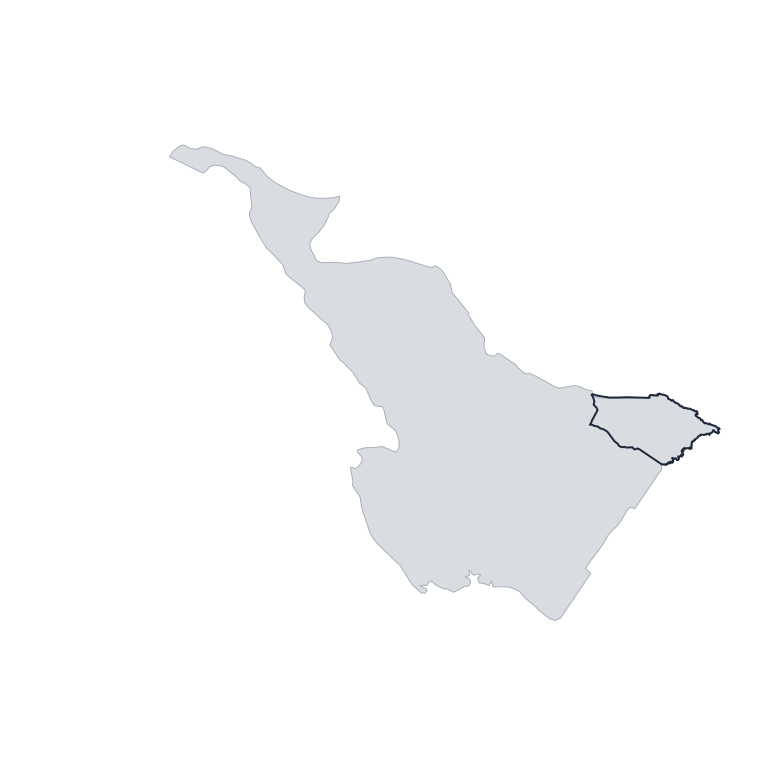 location of Boumba-Et-Ngoko, Est, Cameroon, rotated 304°
{"feature_id": "32672807B40314964499081", "entity_name": "Boumba-Et-Ngoko", "entity_type": "district", "adm_level": 2, "iso_a3": "CMR", "parent_name": "Cameroon", "parent_adm1": "Est", "projection": "equal_earth", "projection_center": [15.54, 2.833], "detail": "fine", "context": "in_parent", "style": "outline", "palette": "slate", "viewbox_px": 768, "rotation_deg": 304, "n_neighbors": 0, "source": "geoboundaries", "source_scale": "gbopen_adm2", "svg_char_len": 9534}
<svg xmlns="http://www.w3.org/2000/svg" viewBox="0 0 768 768"><g transform="rotate(304 384 384)"><path d="M232.7,522.6L233.8,518.4L242.5,498.9L247.9,467.7L250.4,460.4L253.0,455.5L265.5,438.9L270.1,433.6L276.9,427.5L281.7,415.3L283.3,414.0L285.5,413.0L296.2,402.7L297.1,404.7L297.8,407.2L298.6,408.3L302.1,409.1L306.9,409.0L309.6,408.3L311.1,406.2L312.6,400.5L313.5,399.4L314.6,399.1L319.8,403.1L328.3,414.4L330.5,416.4L331.4,418.6L333.3,428.9L334.3,431.5L336.2,432.5L339.5,431.9L343.0,430.0L346.0,427.4L349.1,424.0L351.1,420.9L352.0,418.7L352.5,410.3L353.2,408.4L364.4,396.3L364.1,395.1L362.3,391.7L360.7,388.0L362.3,384.1L364.1,381.1L370.6,371.0L371.0,363.6L376.2,352.2L379.2,337.0L379.3,334.0L386.1,317.3L393.2,315.8L395.9,313.5L399.1,309.3L401.1,305.5L402.1,301.8L402.8,294.7L404.1,286.7L404.9,279.6L407.0,273.0L410.6,269.7L416.8,267.0L417.7,265.7L418.6,261.4L419.5,247.0L420.6,240.6L426.3,233.4L428.9,222.1L431.1,210.3L437.7,196.1L445.3,181.9L448.8,178.1L451.8,176.3L455.2,176.1L457.5,175.1L465.7,168.0L469.1,165.6L471.7,163.2L472.3,161.0L472.5,157.9L471.8,150.6L473.2,145.3L474.0,136.9L474.4,130.5L474.1,128.2L472.5,124.5L470.1,120.4L466.0,118.0L460.4,117.3L457.5,115.9L456.4,108.5L456.0,103.8L452.3,79.1L459.4,79.2L467.9,82.1L470.1,84.3L471.2,92.8L474.2,97.6L479.7,101.5L483.0,109.6L484.4,122.0L487.3,129.3L488.0,130.5L492.2,144.4L492.5,150.9L492.1,155.2L493.8,160.6L491.2,169.7L490.4,175.4L490.2,183.3L491.7,197.2L494.2,208.0L496.9,216.7L499.9,223.5L504.8,231.0L510.0,237.8L514.9,242.1L510.4,244.6L501.6,244.9L496.6,243.5L494.2,243.4L491.8,244.3L482.5,245.6L473.1,245.0L464.4,243.3L459.1,243.6L455.0,247.7L451.6,254.0L448.5,258.9L449.6,264.4L451.9,267.4L456.4,274.1L460.5,280.6L462.5,284.9L470.6,294.4L478.4,302.9L482.1,305.9L483.4,306.5L487.7,311.4L493.5,319.4L498.9,331.9L506.5,357.0L508.1,359.1L510.7,360.4L511.0,363.1L510.8,367.0L510.0,370.2L503.9,383.4L498.7,388.4L497.1,391.5L495.1,399.1L490.3,414.0L488.2,416.1L483.4,426.2L479.5,439.0L478.5,441.0L476.9,442.6L471.4,445.7L469.5,447.3L466.7,451.3L466.3,453.9L467.6,457.5L469.1,460.4L472.1,460.5L473.7,463.2L473.6,483.0L472.3,485.9L472.3,487.3L471.7,490.7L471.5,494.5L471.9,496.0L473.0,497.2L474.6,499.9L475.4,506.0L477.3,527.4L478.2,530.8L479.7,533.1L484.6,537.8L489.8,543.8L491.4,547.8L492.3,554.3L494.3,559.3L494.2,561.1L493.4,561.7L490.2,562.2L491.3,565.9L494.0,572.3L507.1,592.1L519.7,609.8L522.6,611.1L524.8,611.5L525.8,612.6L527.0,615.1L531.2,621.5L531.9,625.3L531.0,628.8L532.0,634.3L532.7,636.3L532.4,638.1L532.9,644.9L534.0,650.7L535.9,655.8L535.7,659.3L533.2,661.3L531.8,664.5L531.4,669.1L532.1,674.7L534.0,681.2L534.1,685.0L531.0,687.6L527.6,683.1L523.9,680.1L518.3,674.8L512.7,672.9L505.4,672.6L502.3,673.2L496.9,668.9L495.2,668.3L492.8,670.1L491.1,670.2L489.1,669.5L484.9,669.6L484.6,666.5L483.8,665.9L479.4,666.2L478.0,663.7L477.4,664.0L475.7,663.2L472.1,659.6L468.3,662.0L460.4,661.7L420.9,661.6L420.0,658.2L418.0,656.5L414.4,656.3L403.9,657.0L395.9,656.5L390.5,655.2L383.8,654.4L375.5,655.0L367.0,655.0L351.9,654.1L343.5,654.2L343.7,656.2L343.1,657.7L342.7,661.3L289.0,661.3L284.6,658.8L283.3,657.3L282.9,654.3L281.9,653.9L282.7,641.3L284.6,630.8L285.3,621.1L287.8,612.4L286.5,603.8L285.0,600.0L276.9,587.8L280.6,583.2L275.7,583.8L274.7,579.3L272.3,573.9L273.7,573.0L275.2,570.0L279.6,570.9L279.5,569.5L275.6,564.9L276.0,562.6L277.6,560.0L276.8,558.9L274.1,561.6L272.1,561.5L270.6,559.8L269.4,559.5L270.1,563.0L268.6,566.1L267.1,567.2L264.6,567.0L262.6,566.2L262.0,564.5L260.1,563.2L254.7,560.8L250.2,558.1L249.3,550.7L247.5,547.5L246.8,543.9L246.4,539.7L247.0,533.4L245.9,532.4L244.6,532.0L242.6,532.3L240.8,532.0L238.7,528.5L236.8,527.1L237.9,533.6L236.6,535.4L233.4,534.9L232.0,532.4L231.7,530.6L233.2,522.8L232.7,522.6Z" fill="#d9dde1" stroke="#a8b0b8" stroke-width="1"/><path d="M465.6,577.6L466.8,579.9L466.7,581.4L468.3,585.1L468.1,587.9L469.1,590.9L469.4,595.2L468.7,597.9L466.2,604.8L465.4,607.2L465.1,611.3L465.0,611.9L464.1,613.2L464.2,615.1L465.2,617.4L466.3,618.4L466.6,619.9L467.6,621.5L470.4,625.3L469.8,628.1L470.7,629.2L472.4,630.3L472.7,632.6L472.7,659.5L472.9,659.6L473.2,659.7L473.4,660.0L473.5,660.6L473.7,660.9L474.1,661.9L474.6,661.9L474.8,662.2L474.9,662.4L474.7,662.9L474.9,663.3L475.1,663.4L476.1,663.3L476.3,663.3L476.5,663.4L476.8,663.8L477.0,664.4L477.5,664.5L477.8,664.7L478.0,664.5L477.8,664.1L477.8,663.9L477.8,663.7L478.1,663.7L479.1,664.7L479.1,664.9L479.1,665.2L478.6,665.1L478.6,665.4L478.6,665.6L478.9,665.6L479.3,665.2L479.8,665.1L479.9,665.3L480.0,665.6L479.9,665.9L479.7,666.6L479.9,667.0L480.1,667.0L480.6,666.4L480.8,666.4L481.3,667.1L482.0,666.9L482.3,666.5L482.3,666.4L482.5,666.0L482.9,665.8L483.5,666.0L483.6,665.8L483.6,665.6L483.3,664.9L483.4,664.7L483.8,664.4L484.0,664.5L484.1,664.8L484.1,665.9L484.2,666.4L484.5,666.7L485.4,667.0L485.5,667.3L485.5,667.7L485.4,668.3L485.2,668.7L484.8,669.1L484.8,669.3L484.9,669.6L485.4,670.2L485.8,670.4L486.1,670.4L486.4,670.2L487.0,670.2L487.6,670.0L487.8,669.8L488.0,668.8L488.3,668.5L489.2,669.6L489.8,669.9L490.2,670.3L490.2,671.1L490.5,671.5L490.9,671.3L491.5,670.2L491.8,670.4L491.9,670.6L491.8,671.0L491.8,671.3L492.1,671.3L492.4,671.5L493.1,671.4L493.3,670.9L493.4,670.3L493.7,669.6L493.9,669.6L494.2,669.9L494.4,669.8L494.7,669.5L494.7,669.2L494.8,668.3L494.9,668.2L495.3,668.1L495.6,669.2L495.8,669.4L495.9,669.5L496.3,668.8L496.6,668.4L497.0,668.3L497.4,668.3L497.7,668.6L498.5,668.6L498.9,668.9L498.8,669.2L498.5,669.8L499.2,669.9L499.4,670.2L499.5,670.5L500.0,670.7L500.4,671.2L500.9,672.0L501.1,672.6L501.1,672.9L501.0,673.5L501.0,673.8L501.3,674.0L501.5,674.0L501.8,673.8L502.2,673.5L502.2,673.8L502.1,674.1L502.3,674.6L502.6,675.0L503.1,674.7L504.3,673.8L504.5,673.7L505.1,673.5L505.7,672.8L506.1,672.6L506.8,672.3L507.9,671.9L508.2,671.6L508.5,671.6L509.7,672.7L509.9,672.8L510.3,672.4L510.5,672.4L510.8,672.5L511.3,673.1L511.5,673.1L512.1,672.8L512.4,672.8L513.0,673.3L513.8,673.6L514.9,673.9L515.5,674.0L516.2,673.8L517.6,674.5L517.8,674.9L518.0,675.0L518.4,674.7L518.7,674.8L519.3,675.2L519.5,675.4L519.7,675.9L520.2,676.5L520.3,676.9L520.5,677.5L521.0,678.2L521.8,678.6L522.1,678.7L522.4,679.4L522.6,679.5L523.4,679.6L523.6,679.9L524.0,681.6L523.9,682.1L524.1,682.1L524.6,681.5L525.1,681.6L525.2,682.1L525.3,682.3L525.5,682.4L526.0,682.4L527.0,683.0L528.5,683.1L529.4,682.8L529.7,682.8L529.9,683.0L530.0,683.4L530.0,683.7L529.5,684.9L529.4,685.3L529.4,685.7L529.6,686.0L529.5,687.0L529.5,687.4L529.8,688.4L529.9,688.6L530.5,688.7L530.9,688.9L531.2,688.9L531.8,687.7L532.0,687.1L532.4,686.9L532.6,686.8L532.8,686.8L533.2,686.6L533.4,686.6L533.6,686.6L534.0,687.1L534.4,687.3L534.6,686.9L534.7,686.3L534.7,686.1L534.4,685.4L534.2,685.0L534.2,684.5L534.2,684.0L534.4,683.6L534.5,683.0L534.3,682.0L534.2,681.1L533.9,680.5L533.7,680.2L533.6,679.6L533.2,678.0L533.1,677.4L533.1,677.0L533.2,676.5L533.2,676.3L533.2,676.2L532.5,676.3L532.3,676.2L532.2,676.0L532.1,674.9L532.1,674.5L531.9,674.1L531.9,673.5L531.8,673.2L531.4,672.7L531.1,672.2L530.8,671.9L530.8,671.7L531.0,671.3L530.8,670.7L530.9,670.2L531.1,669.6L531.7,668.9L532.0,668.1L532.0,667.8L531.7,667.5L531.4,667.3L531.3,667.0L531.3,666.8L531.5,666.5L531.9,666.2L532.1,665.9L532.2,665.5L532.2,664.9L532.1,664.4L532.0,664.2L531.8,663.8L531.8,662.7L531.9,661.9L532.0,660.5L532.1,659.9L532.5,659.6L533.2,659.6L533.5,659.7L533.9,659.7L534.0,659.9L534.2,660.8L534.3,660.9L534.5,660.9L534.8,660.6L535.0,660.1L535.3,659.8L535.8,659.6L536.1,659.1L536.3,658.7L536.3,658.4L536.2,658.3L535.2,657.1L535.2,656.6L535.4,656.0L535.4,655.6L535.2,654.5L535.0,653.9L534.9,653.6L534.6,652.5L534.5,651.5L534.4,651.1L533.9,650.3L533.2,649.2L533.2,648.6L533.1,648.4L532.9,648.0L532.7,647.3L532.1,646.7L532.0,646.4L532.0,646.1L531.8,645.8L531.6,645.3L531.8,645.0L531.9,644.6L532.0,643.9L532.0,643.6L531.8,643.2L531.5,642.9L531.4,642.5L531.3,642.0L531.5,641.0L531.8,640.2L531.9,639.7L532.0,639.3L532.0,638.2L531.4,636.7L531.3,636.0L531.5,634.8L531.6,634.1L531.8,633.6L532.0,633.2L532.2,632.7L531.9,632.3L531.4,632.3L531.1,632.1L531.0,631.9L531.2,631.7L531.0,631.3L531.0,631.2L531.1,630.3L531.2,629.9L531.0,629.6L531.0,629.4L530.9,629.1L530.9,628.7L530.7,628.2L530.7,627.8L530.7,627.7L531.5,627.2L531.8,626.7L532.0,626.5L532.2,626.2L532.2,625.5L532.1,624.6L532.1,624.2L531.6,622.4L531.5,621.8L531.0,621.2L530.9,620.6L530.7,620.0L530.4,619.3L530.1,618.8L530.0,618.6L530.1,618.0L529.9,618.0L529.6,617.8L529.3,617.6L529.2,617.5L529.2,617.1L528.9,616.9L528.8,616.6L528.4,616.6L528.1,616.6L527.9,616.6L527.7,616.8L527.6,617.3L527.4,617.3L527.0,616.7L526.3,615.5L526.0,614.9L525.7,614.7L525.2,613.6L524.8,612.5L524.6,612.1L524.2,611.5L524.1,611.4L523.5,611.4L523.4,611.3L523.3,610.9L523.1,610.8L522.3,610.9L522.1,611.0L521.8,611.3L521.2,611.2L520.9,611.6L520.6,611.3L520.4,610.9L520.0,610.4L519.9,610.2L518.7,608.3L518.6,608.2L517.6,606.5L517.3,606.0L517.1,605.8L516.8,605.4L516.7,605.3L516.3,604.5L514.9,602.4L514.6,602.0L514.2,601.3L513.4,600.0L512.9,599.1L510.5,595.4L510.2,594.9L509.0,593.0L508.7,592.7L508.5,592.2L507.5,590.9L507.4,590.8L506.2,589.1L505.5,588.3L504.8,587.1L504.6,586.9L504.3,586.5L502.2,583.4L501.8,582.9L500.8,581.4L500.7,581.3L499.3,579.3L499.3,579.1L498.7,578.4L498.0,577.0L497.8,576.3L497.7,575.9L497.2,575.1L495.6,571.6L495.5,571.3L495.1,570.6L494.8,570.0L494.8,569.7L494.7,569.5L494.2,568.3L493.1,566.0L492.7,564.0L492.4,563.3L491.4,563.2L491.1,563.2L491.3,562.7L491.5,562.4L491.2,562.3L489.9,564.7L488.6,566.6L486.9,568.3L485.4,568.8L484.2,569.3L483.9,570.3L483.2,573.3L482.3,574.9L481.5,575.7L474.4,576.4L470.9,576.7L468.1,577.3L465.6,577.6Z" fill="none" stroke="#1e293b" stroke-width="2"/></g></svg>